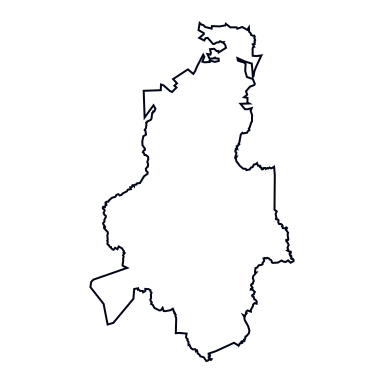 the district of Mezquital, Durango, Mexico
{"feature_id": "50627088B27978292872391", "entity_name": "Mezquital", "entity_type": "district", "adm_level": 2, "iso_a3": "MEX", "parent_name": "Mexico", "parent_adm1": "Durango", "projection": "robinson", "projection_center": [-104.475, 23.057], "detail": "fine", "context": "isolated", "style": "outline", "palette": "ink", "viewbox_px": 384, "rotation_deg": 0, "n_neighbors": 0, "source": "geoboundaries", "source_scale": "gbopen_adm2", "svg_char_len": 6013}
<svg xmlns="http://www.w3.org/2000/svg" viewBox="0 0 384 384"><path d="M256.2,66.6L261.4,55.4L256.5,56.1L252.7,55.8L252.6,48.4L253.1,47.2L254.2,46.8L252.8,44.3L254.6,44.0L254.4,43.2L254.9,42.4L254.5,41.1L255.2,40.1L254.3,38.1L254.8,36.7L254.2,35.6L253.0,35.8L251.2,35.0L250.9,33.7L249.1,31.7L248.9,27.4L247.3,29.9L242.2,27.0L237.3,28.7L236.6,27.3L230.3,27.3L225.8,23.8L225.4,25.4L219.8,26.4L211.9,26.1L211.6,28.6L205.3,27.0L203.0,24.9L201.6,24.7L199.7,23.0L198.5,30.1L203.8,33.1L203.9,34.1L199.2,37.9L204.3,40.5L205.6,38.2L207.7,37.9L213.1,44.0L214.4,43.9L216.4,42.6L218.7,42.3L220.0,41.2L222.3,42.3L223.6,42.1L223.2,42.8L225.1,44.6L226.0,47.8L218.6,52.5L218.3,50.9L216.7,51.1L214.2,48.8L210.0,49.2L210.9,52.9L210.4,54.6L207.4,54.0L209.6,58.7L213.0,58.5L214.9,57.7L215.0,58.3L218.6,58.6L218.8,60.9L215.0,61.9L210.4,60.7L209.6,60.8L209.7,62.0L204.4,62.3L202.4,61.7L204.3,56.7L203.2,54.7L196.7,67.1L195.2,71.0L193.3,73.9L187.9,69.4L173.1,79.1L177.0,83.3L174.4,85.7L176.5,87.5L172.2,91.9L170.2,91.2L163.6,85.4L161.0,84.5L160.8,90.2L143.7,90.8L144.6,117.5L153.5,105.3L155.4,108.6L154.3,111.4L153.2,111.4L152.9,112.7L152.2,113.0L151.5,118.6L150.7,119.9L147.2,121.5L147.0,122.4L146.2,122.6L146.4,125.3L145.8,128.4L144.7,129.9L145.4,130.7L146.0,134.6L143.3,136.3L142.3,141.5L142.5,145.2L144.9,148.8L144.8,150.1L143.7,150.6L142.8,152.2L143.9,153.1L144.5,154.9L146.0,155.1L148.0,156.8L148.3,159.2L147.3,161.8L148.1,164.2L148.0,165.8L147.8,166.7L147.0,167.1L145.8,168.9L146.1,170.7L147.7,172.3L147.5,173.9L144.1,176.2L139.9,183.1L137.1,183.3L136.4,184.6L135.4,184.5L134.2,185.5L134.1,186.2L133.2,185.1L132.5,185.2L131.7,187.1L130.3,187.3L130.9,189.1L127.8,189.7L126.9,191.3L122.9,193.3L121.3,195.0L119.5,195.4L118.3,194.1L116.4,195.0L115.3,196.8L111.9,197.8L108.9,200.5L108.3,201.7L106.7,201.7L105.5,202.5L105.6,203.5L106.2,203.7L106.3,205.0L105.5,205.1L104.9,207.2L103.2,206.8L102.8,207.5L102.9,208.6L104.2,209.5L104.7,210.6L103.5,213.0L104.6,215.0L105.7,215.7L105.9,216.9L104.4,219.6L104.4,221.7L103.2,223.0L103.2,223.9L105.2,227.1L104.9,227.8L104.1,227.6L104.2,228.4L107.7,232.0L107.9,233.8L107.3,234.9L107.7,239.8L107.2,240.6L107.8,242.0L107.4,243.6L107.6,244.4L109.0,245.3L109.7,246.8L111.0,247.1L111.1,248.1L112.4,249.3L113.6,249.8L115.1,247.8L117.4,249.2L118.7,246.5L121.9,248.3L124.0,251.2L123.5,252.7L124.6,253.1L123.0,255.3L123.7,256.7L123.0,258.9L123.3,260.3L122.5,265.2L123.0,265.9L127.2,267.9L93.5,279.6L91.2,281.9L90.4,287.1L103.6,303.9L107.6,324.5L113.3,322.9L133.4,298.8L134.2,289.0L138.0,288.3L138.0,289.6L138.6,289.5L140.1,290.9L142.8,291.0L143.2,292.3L145.4,290.9L145.3,288.9L148.4,289.1L150.4,290.2L150.5,291.7L151.5,292.7L150.9,294.5L151.1,298.0L150.3,299.7L151.2,302.0L151.8,302.4L151.1,304.0L152.8,304.9L154.4,307.9L159.3,310.4L160.9,310.2L162.6,307.8L163.6,310.9L164.9,311.2L170.6,310.2L172.8,308.7L173.3,309.4L173.6,311.1L174.4,312.2L174.2,312.9L175.0,313.3L175.1,314.2L175.7,314.7L175.4,315.7L176.2,318.5L175.8,333.2L179.3,332.9L186.6,333.6L186.0,337.2L186.8,338.6L187.7,339.2L187.4,340.4L188.5,341.9L188.5,345.1L189.5,344.9L190.9,348.0L192.8,349.4L195.2,349.2L195.6,349.5L195.9,351.3L197.1,350.6L197.8,353.5L199.5,354.7L200.3,356.3L203.8,357.3L206.3,361.0L207.7,360.7L208.9,359.5L211.0,359.9L211.5,359.2L210.3,359.1L209.2,357.2L208.7,357.3L208.7,356.8L209.9,356.2L210.1,355.3L209.5,354.5L208.7,354.6L208.6,353.6L216.0,351.1L234.0,342.8L238.6,345.6L239.5,343.8L239.5,344.2L239.9,343.5L241.3,343.1L240.8,342.7L241.1,342.2L241.7,342.8L242.3,342.2L242.4,340.3L242.6,341.2L243.9,341.3L244.5,340.8L244.1,339.6L245.1,338.9L245.5,336.5L246.3,336.3L248.9,333.3L249.4,330.6L248.1,326.1L244.7,320.0L244.4,317.9L244.8,316.6L244.1,316.5L243.4,315.3L244.3,315.8L245.8,314.5L246.6,313.3L245.9,313.0L246.4,311.4L247.5,310.5L250.9,311.6L250.8,309.9L253.0,306.0L253.1,304.5L254.7,303.1L256.6,303.7L256.7,301.4L255.3,299.7L254.3,299.3L253.6,296.7L252.4,296.4L252.1,295.3L254.0,294.0L254.1,293.1L254.9,292.0L252.4,289.6L250.7,289.6L250.9,288.8L252.3,288.4L252.6,287.8L251.0,285.4L251.3,284.4L252.9,283.6L252.8,282.8L253.8,281.0L252.8,277.9L253.2,276.2L256.3,272.5L255.1,272.6L255.0,271.8L255.5,268.1L257.2,267.5L258.7,265.3L261.5,264.9L262.6,264.1L262.6,263.0L264.1,260.9L264.1,259.7L263.5,258.5L264.8,257.9L266.4,258.4L267.1,257.8L269.2,258.6L269.7,259.5L270.9,259.9L271.9,261.6L271.8,262.3L272.8,262.9L277.9,262.6L281.6,260.5L283.3,261.6L285.6,262.0L288.1,260.4L290.6,262.7L293.5,261.2L293.6,259.9L292.7,258.9L291.5,258.9L291.0,258.2L291.5,257.1L291.2,255.7L290.8,255.4L290.3,255.8L289.6,254.2L289.7,253.4L290.8,252.8L290.6,251.6L289.6,251.7L287.3,250.5L288.3,249.9L287.5,247.6L288.7,245.0L287.8,242.9L286.2,240.9L286.3,239.9L288.0,240.0L288.3,239.5L287.6,234.4L288.1,232.9L286.0,229.8L287.0,228.0L286.2,227.4L284.9,228.4L282.8,228.1L282.6,226.8L282.0,226.5L282.5,225.5L282.2,225.0L281.0,224.0L279.1,224.0L278.3,222.5L278.5,220.3L277.8,219.5L276.2,219.3L275.9,218.5L276.4,217.6L275.6,214.0L276.7,211.4L274.5,209.7L274.8,175.0L274.1,166.7L271.7,168.2L270.7,168.3L269.6,167.5L268.2,168.5L267.5,168.0L265.8,169.0L265.3,168.0L263.7,168.1L263.0,169.2L262.1,169.4L261.6,168.9L261.6,167.8L260.2,167.2L260.3,166.4L259.8,166.3L259.7,165.7L258.1,165.8L257.0,163.1L256.2,164.0L253.8,164.6L252.6,167.1L250.9,167.6L249.7,169.5L246.4,170.1L245.7,168.8L243.2,168.7L239.9,165.9L236.4,161.2L235.8,158.6L236.2,157.7L235.4,158.3L235.1,157.7L236.2,154.0L236.3,152.6L235.4,151.7L235.4,150.4L236.0,149.9L235.8,148.8L236.6,148.3L237.2,148.7L236.7,146.3L237.8,145.9L237.8,145.4L239.2,144.4L238.7,143.6L239.2,143.1L240.8,134.5L242.4,132.8L243.2,133.4L247.1,132.7L247.8,131.3L249.4,130.2L248.8,128.5L249.6,127.7L251.1,122.8L251.9,121.7L252.1,115.1L250.6,110.8L251.7,108.1L247.8,109.2L244.9,109.2L240.5,103.8L249.2,103.5L247.4,102.5L247.5,97.9L244.1,97.2L247.2,94.7L246.0,91.3L249.9,86.7L254.3,85.0L254.8,83.8L252.8,79.0L246.9,77.0L245.2,71.0L245.6,63.9L244.5,62.7L238.2,60.8L237.6,59.4L238.0,58.7L237.7,59.0L237.5,58.1L245.0,61.5L251.8,63.6L252.9,76.8L253.6,76.0L254.2,71.8L256.2,66.6Z" fill="none" stroke="#020617" stroke-width="2"/></svg>